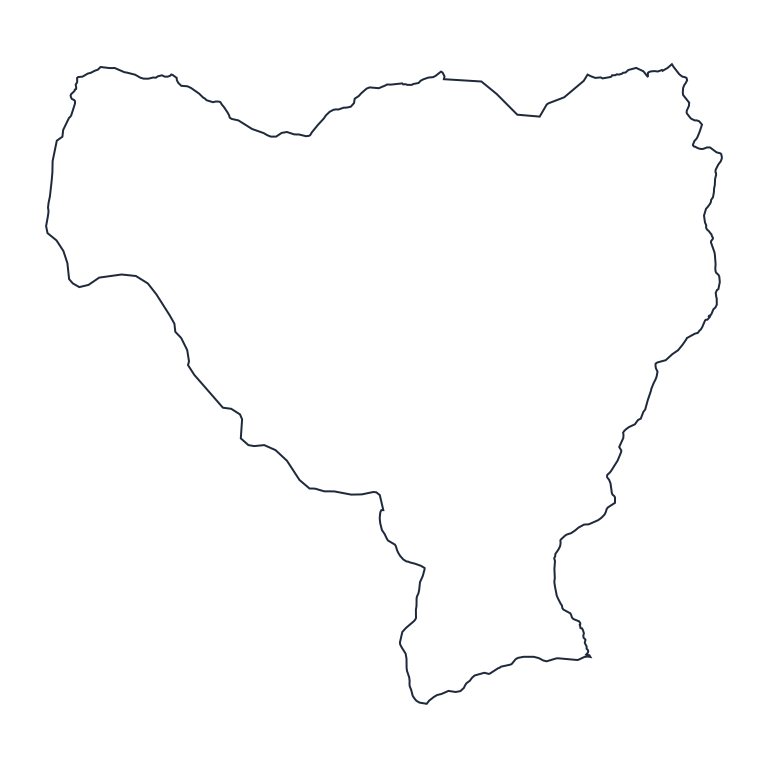 Botiza, Maramures, Romania (orthographic projection)
{"feature_id": "2599482B81010810269587", "entity_name": "Botiza", "entity_type": "district", "adm_level": 2, "iso_a3": "ROU", "parent_name": "Romania", "parent_adm1": "Maramures", "projection": "orthographic", "projection_center": [24.135, 47.644], "detail": "fine", "context": "isolated", "style": "outline", "palette": "slate", "viewbox_px": 768, "rotation_deg": 0, "n_neighbors": 0, "source": "geoboundaries", "source_scale": "gbopen_adm2", "svg_char_len": 5963}
<svg xmlns="http://www.w3.org/2000/svg" viewBox="0 0 768 768"><path d="M590.4,657.0L589.4,655.3L586.2,654.6L587.8,652.7L588.2,651.4L588.1,650.7L587.6,649.6L586.6,648.8L586.6,646.4L584.9,643.2L584.8,642.3L585.5,639.9L585.0,639.1L583.6,637.8L583.3,635.8L583.9,633.2L583.1,630.7L582.2,628.5L580.5,628.1L580.4,627.7L580.4,627.0L579.7,624.8L580.3,624.1L580.2,623.0L579.0,621.3L573.5,619.1L572.0,617.6L571.1,614.8L570.3,613.3L563.6,609.7L562.4,608.3L561.9,605.5L560.6,603.6L557.7,597.9L556.7,595.4L554.9,586.2L554.3,581.9L554.8,578.0L554.4,568.8L555.0,561.2L554.2,558.3L555.2,556.2L555.4,553.9L558.4,549.6L559.8,546.8L560.2,545.7L560.6,542.9L560.4,540.6L560.7,539.7L565.1,535.6L566.4,534.7L571.2,533.1L575.2,530.4L578.5,527.6L584.0,524.6L588.8,524.3L598.1,520.2L601.4,517.8L604.6,514.5L605.9,511.8L606.6,509.2L607.9,507.4L615.0,502.8L615.0,497.4L614.2,496.0L612.6,494.7L611.9,493.3L610.5,483.3L609.0,479.6L607.3,477.6L607.0,476.2L607.3,474.8L609.9,472.5L611.3,470.6L617.6,460.6L621.1,452.2L621.3,450.5L619.2,447.0L623.3,438.0L623.5,435.0L623.1,432.7L624.1,431.1L625.8,429.4L628.9,427.1L634.9,424.3L638.0,420.0L640.8,418.6L643.4,411.8L645.2,409.5L647.7,400.4L651.1,390.3L651.3,388.9L653.6,383.2L655.7,379.1L656.7,376.2L657.5,371.7L655.9,368.2L655.5,365.9L655.6,363.6L657.5,362.4L665.7,360.2L672.3,354.2L678.1,350.2L682.6,344.7L686.4,339.2L686.8,338.1L694.8,333.7L697.8,332.9L699.5,330.6L700.7,329.6L702.1,327.4L705.0,320.6L705.6,319.9L707.5,319.6L709.8,316.9L708.8,316.3L709.1,315.7L710.4,315.3L711.4,314.1L713.4,309.3L715.4,307.5L716.8,304.6L716.7,298.2L716.3,297.2L715.7,293.0L716.9,290.1L718.4,289.1L719.8,282.1L719.3,276.7L718.5,274.9L716.1,272.7L715.5,270.9L715.3,268.4L715.6,264.2L714.9,255.1L714.5,252.4L711.0,242.5L711.0,241.3L712.9,238.7L713.0,238.1L711.8,235.7L711.4,234.2L710.1,232.9L709.2,231.5L707.0,229.5L706.1,227.8L706.2,225.2L705.0,222.5L704.0,215.6L706.0,208.8L707.6,207.1L709.8,204.1L710.8,202.3L711.2,199.8L713.0,197.2L713.9,192.2L714.1,188.4L714.8,185.1L715.1,178.9L716.1,174.9L716.0,172.9L715.5,172.4L715.6,169.9L718.2,164.7L720.8,161.2L721.7,158.8L721.9,157.3L721.2,154.1L720.5,153.4L716.5,152.3L710.1,147.5L707.1,147.4L703.5,148.8L701.1,149.0L698.1,148.3L695.1,146.7L694.3,146.7L692.9,145.3L692.9,144.9L694.4,141.0L696.3,139.0L697.6,136.8L699.8,131.3L702.0,124.6L699.2,121.3L696.8,120.4L694.8,120.4L691.5,118.9L690.5,118.1L686.8,113.3L686.6,112.2L686.8,110.6L688.9,106.0L689.2,102.7L683.1,95.0L682.8,92.5L683.1,88.0L684.4,84.8L685.5,83.4L687.1,80.3L686.6,78.1L685.4,77.3L682.3,76.6L679.4,74.4L673.8,67.2L671.9,64.2L667.5,68.0L662.6,70.8L662.0,70.0L657.8,71.5L654.8,71.1L650.7,71.4L648.7,72.2L647.9,73.0L647.9,76.3L647.5,76.5L643.4,71.3L636.2,67.9L628.3,70.0L625.6,72.5L623.0,72.8L621.8,73.8L618.7,74.6L616.7,74.3L615.4,75.2L612.0,75.3L611.4,76.5L610.5,77.0L602.5,78.4L600.7,77.4L595.3,77.9L591.0,76.3L587.6,74.6L583.7,80.9L564.2,97.3L548.5,103.3L546.7,104.5L539.7,116.6L517.3,114.7L496.7,94.0L481.4,81.5L443.9,79.2L444.5,76.3L442.6,72.6L441.0,71.6L435.8,75.7L433.3,77.1L428.3,77.6L423.4,79.3L420.7,80.7L418.5,83.0L413.3,84.0L411.7,84.9L407.3,84.9L405.8,84.2L403.3,84.4L402.2,83.4L391.0,84.6L387.0,84.5L385.5,85.4L378.8,88.2L369.7,87.4L366.6,88.6L361.1,93.4L358.9,95.9L354.7,98.7L354.0,103.1L350.8,106.7L346.6,107.6L343.6,107.7L338.5,109.5L335.9,109.4L333.4,109.8L329.5,111.9L325.9,115.4L323.8,118.5L318.0,124.8L311.8,132.4L310.3,135.0L309.1,135.8L306.0,136.2L299.1,134.5L294.3,134.4L286.9,132.0L281.7,132.9L276.1,136.6L270.7,136.6L267.3,135.2L263.7,133.1L252.1,129.0L238.4,120.4L231.6,118.9L229.7,117.6L229.1,115.3L227.5,112.4L224.1,107.3L221.9,104.6L220.3,102.1L218.9,101.6L215.8,101.5L213.0,102.2L206.5,100.2L205.0,98.6L203.2,97.6L199.2,93.7L191.1,88.0L187.5,86.3L181.3,85.8L178.2,82.8L176.8,80.0L176.7,77.9L172.7,75.0L171.3,74.5L170.4,75.6L167.7,76.7L164.9,76.7L161.9,75.3L157.7,76.4L155.9,77.7L153.2,77.5L148.3,78.7L143.8,78.7L140.4,77.7L135.1,74.7L126.9,72.6L124.4,72.2L114.7,68.0L109.7,68.1L100.6,67.0L97.8,69.7L95.1,70.6L90.6,72.9L87.9,73.5L82.6,76.6L78.1,77.1L77.1,77.9L77.2,81.9L76.7,83.1L75.7,84.4L76.2,87.8L76.1,89.0L74.8,89.6L74.8,90.3L74.3,91.2L71.2,94.1L70.6,95.4L70.9,96.9L71.5,98.4L72.1,99.1L74.1,100.0L75.0,101.2L75.0,103.3L74.4,105.5L71.2,115.4L70.2,116.9L69.0,117.9L63.2,129.9L62.4,136.7L56.8,140.7L52.6,161.2L52.4,172.3L51.6,181.4L49.9,196.5L48.6,202.6L48.0,207.7L48.5,210.6L48.4,212.8L47.8,216.8L46.1,226.1L47.5,233.1L56.5,240.4L63.4,251.0L67.4,263.2L69.1,279.1L72.8,283.4L79.3,287.1L88.5,284.9L99.2,277.6L121.6,274.5L135.9,276.0L147.9,283.5L156.4,294.4L169.8,315.5L174.4,323.7L175.3,331.8L181.2,338.0L187.2,350.1L189.0,361.4L188.0,365.1L194.3,374.9L222.9,407.7L231.2,408.8L240.0,414.4L242.1,419.3L240.8,438.4L248.4,445.1L254.2,446.1L264.2,445.1L275.5,450.1L287.0,460.8L299.5,480.0L309.5,488.5L314.9,488.6L324.2,491.3L334.3,491.4L351.2,494.6L361.8,494.4L373.3,492.0L376.3,492.3L379.8,495.1L383.3,510.1L381.4,510.1L380.5,511.8L380.1,513.7L379.7,518.3L380.2,523.1L381.9,530.0L384.6,534.0L387.1,539.2L388.1,540.6L394.9,544.6L395.8,546.1L397.2,550.6L398.5,553.3L400.2,556.0L403.2,559.4L406.5,561.5L408.1,561.6L409.9,562.4L415.0,563.7L420.9,565.8L424.6,568.0L424.6,569.2L422.8,575.9L420.0,582.2L419.1,590.4L418.4,593.4L417.0,596.4L416.6,598.3L416.5,606.0L415.9,609.7L416.0,618.0L415.3,619.5L413.9,621.2L405.9,628.0L402.3,632.0L399.9,642.6L400.2,644.5L401.8,647.6L405.6,653.6L406.5,658.7L406.6,667.9L407.0,670.9L409.2,677.4L409.6,680.8L409.5,684.0L409.7,686.2L411.2,690.0L412.7,695.8L414.3,698.3L416.4,700.8L419.5,702.6L426.7,703.8L429.2,700.6L433.8,697.0L437.2,695.0L441.4,694.0L448.5,690.9L455.7,692.0L460.4,691.1L463.9,687.9L465.0,685.5L466.4,683.3L469.9,680.7L472.0,677.8L474.6,675.5L483.5,673.0L484.6,672.8L488.7,673.9L489.8,673.6L498.2,668.2L499.7,667.7L500.9,666.7L510.5,664.6L511.8,663.9L515.2,659.7L516.5,658.6L518.3,657.8L523.7,656.8L533.7,656.8L538.8,658.1L543.3,660.5L546.6,661.3L556.3,658.4L558.4,658.3L577.3,660.0L578.8,659.6L584.3,657.0L587.7,656.5L590.4,657.0Z" fill="none" stroke="#1e293b" stroke-width="2"/></svg>